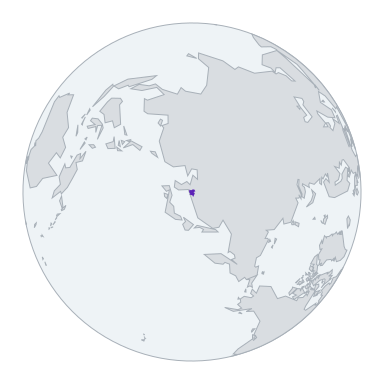 the Earth from above Ryanggang, rotated 115°
{"feature_id": "PRK-3314", "entity_name": "Ryanggang", "entity_type": "Province", "adm_level": 1, "iso_a3": "PRK", "parent_name": "North Korea", "parent_adm1": "", "projection": "orthographic", "projection_center": [127.851, 41.225], "detail": "medium", "context": "on_globe", "style": "filled", "palette": "violet", "viewbox_px": 384, "rotation_deg": 115, "n_neighbors": 0, "source": "natural_earth", "source_scale": "10m", "svg_char_len": 12532}
<svg xmlns="http://www.w3.org/2000/svg" viewBox="0 0 384 384"><g transform="rotate(115 192 192)"><circle cx="192" cy="192" r="169" fill="#eef3f6" stroke="#a8b0b8"/><path d="M320.2,292.8L320.1,293.5L319.9,293.7L320.2,292.8ZM319.6,81.3L319.5,81.5L320.9,82.8L325.2,88.0L323.0,85.3L320.5,83.5L321.4,86.2L314.7,83.9L299.5,75.0L300.4,73.5L296.6,71.9L295.2,73.9L295.2,75.6L280.3,75.8L273.9,85.7L277.4,92.4L272.3,88.4L282.7,104.1L282.8,113.6L279.3,100.8L276.3,97.9L274.6,103.1L271.2,101.3L268.5,103.0L264.5,100.6L262.8,93.7L260.2,92.2L259.2,96.0L254.6,96.3L256.5,90.9L248.6,91.0L244.3,80.5L252.5,69.5L246.8,63.2L246.3,51.2L243.0,51.0L240.7,46.9L236.0,45.2L237.3,43.8L232.5,43.8L232.2,45.4L230.0,46.0L227.2,45.3L228.3,43.3L229.9,43.3L228.8,42.4L230.5,41.8L228.1,41.7L229.7,39.6L224.0,40.7L221.9,38.2L224.1,37.1L229.2,38.5L247.1,40.8L250.9,40.8L251.2,39.1L240.5,32.7L242.5,32.5L241.3,31.2L237.8,30.5L237.4,31.3L230.5,30.1L230.9,31.6L228.1,31.5L226.4,33.0L220.9,31.5L216.5,29.4L217.7,28.3L215.8,27.5L210.0,27.8L207.7,25.4L198.4,23.7L206.8,23.8L218.6,25.3L228.1,26.9L239.8,29.9L251.2,33.7L262.3,38.3L273.0,43.7L283.4,49.9L293.2,56.7L302.6,64.3L311.4,72.5L319.6,81.3ZM226.6,26.6L216.6,24.9L216.8,24.9L226.6,26.6ZM347.4,175.5L346.0,172.7L347.4,172.6L347.4,175.5ZM344.7,172.4L345.3,173.0L344.7,172.8L344.7,172.4ZM344.1,173.0L344.5,172.6L344.1,173.5L344.1,173.0ZM343.3,174.4L343.7,173.5L343.3,174.4ZM341.7,175.4L341.2,175.6L341.4,174.5L341.7,175.4ZM295.8,76.8L295.5,74.2L298.1,73.2L298.7,75.5L295.8,76.8ZM290.5,79.2L289.4,77.3L293.7,78.6L293.0,79.3L290.5,79.2ZM280.7,97.9L281.2,95.1L281.9,98.4L280.7,97.9ZM268.8,103.6L269.7,105.1L267.9,105.4L268.8,103.6ZM229.5,33.7L228.0,33.3L229.1,33.3L229.5,33.7ZM230.2,34.8L232.5,35.0L233.2,35.6L231.7,35.4L230.2,34.8ZM260.2,102.1L256.9,102.3L259.9,100.8L260.2,102.1ZM227.1,34.5L234.1,36.6L235.3,37.6L230.6,38.1L227.1,34.5ZM254.8,101.6L247.0,102.6L248.4,105.7L239.9,97.9L249.4,99.4L252.9,97.0L252.6,99.8L254.8,101.6ZM233.3,46.2L233.5,44.5L235.9,46.7L233.3,46.2ZM235.5,47.5L246.2,54.1L244.6,56.6L241.3,53.8L241.3,57.8L235.2,55.8L233.9,53.1L236.1,51.8L232.1,52.1L235.5,47.5ZM236.4,93.6L234.3,93.0L236.2,92.4L236.4,93.6ZM229.3,46.4L231.6,47.4L230.4,49.6L225.5,48.1L227.5,47.8L229.3,46.4ZM244.3,60.0L242.5,61.6L237.1,60.3L235.7,60.7L235.0,56.0L244.3,60.0ZM226.4,47.0L223.1,47.3L221.2,45.7L227.0,45.6L226.4,47.0ZM232.1,50.9L231.3,51.9L230.2,50.8L232.1,50.9ZM212.4,40.6L215.2,41.4L214.8,42.6L212.4,40.6ZM222.0,47.5L222.7,48.1L222.9,48.7L220.4,48.6L222.0,47.5ZM231.2,55.5L229.3,54.7L231.2,57.4L227.3,56.7L227.5,53.7L225.7,54.8L224.5,54.6L226.1,52.4L231.2,55.5ZM218.4,50.5L217.3,46.8L212.2,44.8L212.4,43.6L220.6,47.1L218.4,50.5ZM222.8,51.8L220.1,50.7L221.7,49.6L224.5,49.8L222.8,51.8ZM224.5,57.4L230.5,59.2L230.3,59.8L224.5,57.4ZM216.6,50.1L216.9,51.0L216.0,50.0L216.6,50.1ZM221.7,55.3L223.9,55.8L223.5,56.5L221.7,55.3ZM215.6,52.5L215.3,51.3L217.2,51.2L215.6,52.5ZM218.2,54.0L217.2,54.8L218.1,52.0L219.2,54.0L218.2,54.0ZM221.0,55.9L221.5,56.5L220.2,55.6L221.0,55.9ZM208.6,53.5L209.3,50.0L213.6,49.8L212.3,53.2L208.6,53.5ZM84.6,61.6L73.8,72.9L71.3,75.6L67.5,78.6L53.8,97.0L55.8,96.8L48.7,111.9L47.5,119.8L56.5,113.5L58.6,100.3L64.3,93.8L66.8,100.7L65.8,113.1L68.0,111.1L73.1,100.1L77.4,100.3L75.4,96.3L72.8,99.9L71.5,97.6L73.7,94.3L75.2,94.3L76.8,90.2L69.5,91.5L66.2,95.3L67.6,87.6L62.1,93.3L60.9,92.8L69.7,83.0L72.3,81.3L84.9,68.5L82.3,69.4L70.2,81.8L71.9,79.2L68.3,81.3L72.5,77.7L86.3,64.6L90.6,58.8L88.2,58.7L88.8,58.2L103.5,48.1L108.1,45.5L97.9,53.0L100.9,51.9L109.7,46.9L105.8,49.8L108.2,49.0L104.9,52.0L107.0,53.8L104.8,57.0L112.0,55.7L111.8,57.3L107.6,57.5L103.5,59.6L98.6,68.4L99.6,69.5L104.6,68.1L102.7,71.0L108.2,68.6L108.6,73.5L112.8,65.7L118.9,64.5L122.6,66.6L125.3,65.0L119.3,61.6L116.2,61.6L112.4,63.7L104.6,63.3L104.9,60.8L115.9,56.4L117.5,52.6L125.3,51.4L136.8,60.4L138.3,65.7L127.3,77.0L123.3,76.3L125.2,71.7L117.5,77.2L121.0,76.1L119.3,78.7L124.7,78.8L123.9,80.6L130.6,77.7L130.1,80.0L125.8,81.8L133.4,84.5L134.1,89.4L136.2,89.2L138.3,87.5L137.8,95.3L139.4,94.8L140.2,92.0L143.9,89.3L150.2,87.7L149.7,90.5L147.3,91.4L141.6,97.8L135.4,100.3L135.8,101.3L141.1,99.9L148.1,92.0L152.1,90.3L149.3,94.1L150.6,92.6L152.4,92.6L153.7,95.4L157.0,91.3L177.6,89.6L182.2,95.2L177.4,98.5L191.3,101.6L195.3,108.6L196.0,105.9L203.2,106.1L202.0,103.8L202.9,102.6L220.6,103.2L224.4,105.8L232.9,103.8L233.2,102.5L230.9,100.4L239.9,97.9L248.4,105.7L247.1,108.2L253.4,111.8L249.5,117.0L249.3,123.3L241.5,127.5L241.9,132.4L244.3,133.3L246.8,141.1L243.4,154.5L235.6,139.6L238.5,120.4L236.4,127.6L233.7,125.0L231.0,127.0L229.8,132.5L231.6,133.7L213.5,138.5L204.4,152.0L212.6,152.7L216.2,157.8L213.0,175.8L191.3,196.3L195.8,205.0L195.0,210.1L188.7,212.1L189.7,204.7L184.7,201.1L186.2,196.8L176.4,198.3L178.2,192.3L169.7,196.7L171.2,202.1L179.2,202.7L171.0,209.5L177.1,219.5L176.0,229.4L159.7,243.2L145.8,244.7L144.6,247.4L140.0,242.6L132.5,246.2L139.8,265.2L139.1,269.6L127.5,274.6L127.6,271.2L115.5,258.4L112.1,268.1L121.2,280.3L124.3,291.1L116.8,285.4L113.8,275.6L109.5,270.8L111.5,262.2L109.5,246.6L102.0,246.0L103.4,240.5L99.5,225.4L89.1,223.8L72.1,229.5L68.5,242.5L63.2,244.8L60.1,219.4L62.8,204.9L59.0,202.8L57.9,185.5L48.6,170.4L49.5,165.7L47.3,164.2L46.9,155.9L49.2,148.6L47.9,145.5L42.2,164.8L43.9,168.3L48.5,167.2L46.3,172.9L47.0,182.3L38.0,186.2L27.9,174.9L30.8,164.2L43.1,126.7L44.9,124.8L45.1,124.5L45.5,123.8L42.7,126.3L46.1,119.6L35.4,142.6L31.9,150.8L27.7,175.1L27.2,175.4L27.0,181.9L31.2,190.5L30.3,193.5L26.0,201.7L23.5,204.5L23.0,192.1L23.5,179.7L24.9,167.3L27.1,155.1L30.3,143.1L34.3,131.3L39.2,119.9L44.9,108.9L51.4,98.3L58.6,88.2L66.6,78.7L75.3,69.8L84.6,61.6ZM60.7,131.9L62.7,139.7L68.6,130.7L69.9,133.1L71.5,129.3L69.1,130.1L73.9,120.5L77.2,122.3L80.5,119.2L80.0,116.5L73.1,114.9L66.1,128.3L62.8,128.9L60.7,131.9ZM205.0,23.5L198.8,23.4L200.8,23.3L196.2,23.1L205.0,23.5ZM214.6,24.6L210.6,24.1L215.3,24.7L214.6,24.6ZM124.2,42.4L120.9,44.0L119.0,44.0L121.9,41.1L124.8,40.9L124.2,42.4ZM116.8,46.4L126.9,43.5L125.5,45.6L124.6,44.8L122.6,46.5L120.6,45.8L109.4,51.1L107.0,51.5L113.6,45.2L112.8,46.9L116.1,45.0L116.8,46.4ZM155.1,35.9L159.4,35.6L150.8,40.3L147.7,40.1L150.4,36.8L155.6,35.2L155.1,35.9ZM217.4,35.3L219.6,35.6L219.3,36.1L217.2,36.2L217.4,35.3ZM213.7,40.9L207.4,35.0L209.6,34.9L203.2,32.0L206.6,30.8L210.6,32.6L208.4,29.7L213.4,30.8L211.3,29.0L219.9,33.2L224.3,34.4L218.1,33.5L214.9,34.5L214.8,35.3L217.9,38.7L225.7,42.3L223.8,44.2L220.3,44.7L218.1,44.1L220.1,43.0L215.8,43.1L216.9,41.0L213.7,40.9ZM180.9,53.9L184.1,51.9L175.6,53.5L176.7,50.7L175.6,51.1L174.3,49.0L170.9,47.3L172.2,46.2L170.3,46.0L169.4,44.8L167.2,44.3L168.8,42.2L166.3,41.5L168.4,40.9L163.7,40.3L167.9,39.8L167.1,38.5L163.5,39.6L177.0,31.2L179.4,28.7L179.2,27.0L186.4,26.9L191.3,28.7L194.1,31.7L190.7,34.4L194.6,34.1L194.1,35.4L191.3,35.1L195.4,36.4L194.3,37.5L196.7,41.3L203.5,42.9L204.5,44.5L201.3,44.4L204.6,46.2L199.3,47.2L199.9,48.4L195.3,50.9L188.7,50.3L190.0,51.7L186.5,53.9L180.9,53.9ZM207.1,54.1L199.0,53.5L195.7,51.9L205.1,48.4L205.3,47.1L211.2,45.2L216.0,47.7L213.8,48.0L212.9,48.9L211.8,47.7L211.9,49.3L209.0,49.8L208.3,51.3L205.9,50.7L207.1,54.1ZM71.8,76.1L70.5,77.9L69.2,80.1L66.9,81.6L71.8,76.1ZM81.1,67.1L80.4,68.1L76.6,71.0L77.9,69.3L81.1,67.1ZM83.4,66.5L80.7,68.0L83.0,66.2L83.4,66.5ZM107.3,58.5L107.0,59.8L105.6,60.4L104.3,60.3L107.3,58.5ZM155.9,59.3L158.3,58.1L159.0,58.5L165.1,57.8L164.7,60.0L160.9,61.3L155.9,59.3ZM55.0,112.7L53.4,112.1L54.4,110.0L54.8,110.6L55.0,112.7ZM59.0,95.7L56.5,100.6L58.4,96.1L59.0,95.7ZM156.6,61.5L159.1,60.9L157.4,62.4L156.6,61.5ZM164.8,61.6L163.3,63.3L165.4,60.2L164.8,61.6ZM30.1,240.3L30.0,239.9L30.9,242.9L30.1,240.3ZM166.3,321.6L171.5,322.8L171.3,323.3L166.3,321.6ZM160.8,318.9L166.7,320.0L159.8,319.9L160.8,318.9ZM169.0,320.4L175.0,320.3L177.6,319.7L177.2,320.8L169.0,320.4ZM156.8,318.2L135.9,313.1L127.8,309.3L129.6,307.9L142.7,312.1L156.8,318.2ZM128.9,307.6L116.8,297.8L101.5,273.3L106.9,276.0L123.2,293.5L122.2,295.0L129.5,302.1L128.9,307.6ZM158.9,304.5L157.8,309.7L146.1,306.7L140.9,304.5L137.3,296.4L139.3,293.3L143.5,294.5L160.8,285.3L166.6,289.6L161.1,294.1L166.0,300.0L158.9,304.5ZM68.9,244.2L70.8,254.2L68.1,253.6L68.9,244.2ZM168.4,277.1L161.0,281.8L168.0,275.0L168.4,277.1ZM172.9,270.1L173.1,273.2L170.5,269.8L172.9,270.1ZM143.8,251.9L139.3,251.4L139.5,249.0L145.4,248.4L143.8,251.9ZM175.1,237.8L173.9,244.7L172.6,246.9L171.1,242.3L175.1,237.8ZM157.3,82.0L149.2,80.3L143.2,81.1L139.5,84.4L141.3,79.2L150.6,78.0L157.3,82.0ZM175.2,88.2L178.4,85.6L179.4,87.5L178.7,88.4L175.2,88.2ZM175.5,86.1L175.1,81.7L178.4,80.8L178.1,84.4L175.5,86.1ZM165.5,70.8L163.1,70.1L164.6,68.8L165.5,70.8ZM230.2,356.2L229.2,355.6L236.6,354.1L234.2,355.2L230.2,356.2ZM288.5,330.7L289.9,329.7L290.8,328.6L291.2,328.8L292.0,328.2L288.5,330.7ZM200.7,353.2L168.4,354.8L161.0,353.2L162.2,351.9L154.0,344.7L156.3,345.3L153.9,340.4L172.6,338.9L185.8,331.1L197.0,332.3L205.0,325.4L216.8,325.8L213.7,331.5L226.5,334.3L234.0,321.4L242.8,333.1L252.7,335.3L256.7,340.4L242.6,351.1L233.6,354.1L231.4,354.0L227.8,355.1L221.5,355.8L217.1,354.2L213.5,355.2L216.5,353.1L211.6,355.1L207.9,353.7L200.7,353.2ZM285.7,320.1L287.6,319.6L291.0,319.8L287.8,320.9L285.7,320.1ZM315.2,298.5L316.2,298.6L314.1,300.3L315.2,298.5ZM319.9,293.7L317.4,295.9L320.2,292.8L319.9,293.7ZM295.1,309.6L296.1,309.8L295.4,310.4L295.1,309.6ZM294.3,309.7L295.3,308.1L295.3,309.3L294.3,309.7ZM284.4,306.7L285.5,305.6L286.1,305.9L284.4,306.7ZM179.3,323.8L186.4,320.7L190.5,320.7L179.3,323.8ZM282.7,305.8L279.7,306.6L280.0,305.8L282.7,305.8ZM282.8,304.0L282.4,303.1L284.3,304.9L282.8,304.0ZM277.1,303.3L280.7,304.2L276.7,303.7L277.1,303.3ZM275.0,304.2L272.4,304.0L272.6,303.6L275.0,304.2ZM247.0,311.4L256.5,316.2L249.1,317.3L240.7,314.5L234.5,318.8L220.3,319.1L223.5,316.7L221.4,313.1L207.1,311.7L204.2,309.2L209.2,307.6L199.9,305.3L210.1,304.4L214.3,309.6L220.1,305.5L230.4,306.1L240.5,306.9L248.9,309.6L247.0,311.4ZM210.3,315.6L212.1,315.7L210.6,317.1L210.3,315.6ZM267.5,302.5L271.2,304.0L270.8,304.7L269.0,304.8L267.5,302.5ZM250.8,308.5L259.7,302.9L261.8,302.6L256.0,308.3L250.8,308.5ZM257.4,300.6L261.7,300.4L264.0,302.3L263.1,303.1L257.4,300.6ZM189.5,310.1L189.1,311.5L186.5,310.2L189.5,310.1ZM192.8,309.5L200.8,311.5L192.1,310.7L192.8,309.5ZM169.5,301.8L171.7,305.6L178.7,304.4L173.3,306.8L178.3,313.0L176.7,314.8L171.8,308.3L170.3,314.1L167.2,313.6L165.4,308.0L168.4,301.9L171.5,299.6L184.3,300.0L169.5,301.8ZM192.7,305.3L190.7,301.1L192.2,298.4L194.5,300.8L192.7,305.3ZM184.8,290.4L179.6,284.7L174.7,286.0L184.9,280.1L188.2,286.5L184.8,290.4ZM180.8,278.6L176.1,279.8L181.1,276.2L180.8,278.6ZM175.1,277.9L174.8,274.2L178.3,275.2L175.1,277.9ZM183.2,279.1L184.4,273.0L186.0,276.9L183.2,279.1ZM174.0,265.7L181.1,272.9L171.4,268.8L172.1,256.4L176.3,256.8L174.0,265.7ZM204.8,216.7L204.4,212.7L208.5,212.2L207.6,215.0L204.8,216.7ZM221.7,207.8L209.5,210.8L199.7,213.4L202.2,215.5L199.2,221.8L195.8,215.3L203.4,208.7L210.7,207.9L212.7,202.5L218.6,199.1L218.8,192.1L221.6,189.2L223.8,195.4L221.7,207.8ZM218.5,189.1L220.9,176.9L228.2,179.0L229.4,182.2L225.2,186.8L221.5,185.4L218.5,189.1ZM223.6,174.7L220.1,173.3L216.1,154.7L217.2,151.4L224.1,166.1L221.1,165.7L220.8,170.0L223.6,174.7ZM234.5,94.5L234.3,93.1L235.8,94.4L234.5,94.5ZM202.1,101.4L203.5,99.9L205.2,101.3L202.1,101.4ZM208.5,96.7L205.6,96.2L208.9,95.6L208.5,96.7ZM198.9,95.4L204.5,95.4L198.8,97.1L198.9,95.4Z" fill="#d9dde1" stroke="#a8b0b8" stroke-width="1"/><path d="M193.9,189.6L194.3,189.6L194.2,189.7L194.1,189.8L193.9,189.9L193.9,190.3L194.0,190.3L194.0,190.5L194.0,190.8L194.3,190.9L194.3,191.0L194.2,191.3L194.2,191.6L194.4,191.9L194.3,192.1L194.4,192.3L194.2,192.3L194.0,192.2L193.7,192.1L193.7,192.4L193.5,192.6L193.4,192.6L193.2,192.6L193.2,192.9L193.1,193.3L193.1,193.5L192.8,193.9L192.7,194.0L192.5,193.9L192.3,193.9L192.1,194.2L191.8,194.4L191.7,194.4L191.8,194.1L191.8,193.9L191.7,193.9L191.6,193.6L191.4,193.4L191.4,193.2L191.5,192.9L191.4,192.7L191.5,192.7L191.6,192.4L191.3,192.2L191.2,192.4L191.2,192.5L191.0,192.4L191.0,192.2L190.9,192.1L190.6,192.4L190.4,192.3L190.2,192.2L190.1,191.9L189.9,191.4L190.0,191.4L189.8,191.4L189.7,191.3L189.7,191.1L189.9,191.1L190.0,191.0L190.1,190.9L190.0,190.6L190.1,190.4L190.2,190.5L190.3,190.6L190.2,190.7L190.3,190.8L190.5,190.9L190.4,191.0L190.5,191.1L190.8,191.1L190.7,191.2L190.8,191.2L191.0,191.2L191.3,191.2L191.4,191.3L191.5,191.4L191.9,191.4L192.0,191.4L192.3,191.3L192.4,191.5L192.5,191.5L193.0,191.1L193.0,190.9L192.9,190.7L192.7,190.6L192.5,190.2L192.4,190.1L192.4,189.8L192.4,189.7L192.9,189.6L193.1,189.6L193.4,189.7L193.5,189.7L193.8,189.6L193.9,189.6Z" fill="#8b5cf6" stroke="#5b21b6" stroke-width="1.5"/></g></svg>